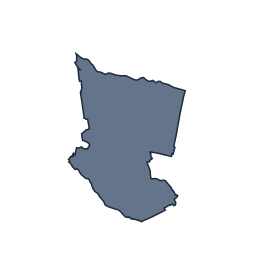 Cristesti, Suceava, Romania, rotated 149°
{"feature_id": "2599482B22632955196999", "entity_name": "Cristesti", "entity_type": "district", "adm_level": 2, "iso_a3": "ROU", "parent_name": "Romania", "parent_adm1": "Suceava", "projection": "mercator", "projection_center": [26.592, 47.273], "detail": "fine", "context": "isolated", "style": "filled", "palette": "slate", "viewbox_px": 256, "rotation_deg": 149, "n_neighbors": 0, "source": "geoboundaries", "source_scale": "gbopen_adm2", "svg_char_len": 5658}
<svg xmlns="http://www.w3.org/2000/svg" viewBox="0 0 256 256"><g transform="rotate(149 128 128)"><path d="M195.2,131.5L195.0,130.4L195.1,130.0L195.0,129.7L196.3,129.3L196.1,128.9L195.9,128.3L195.6,127.7L195.4,127.0L195.4,126.0L195.5,125.0L195.3,125.0L195.3,124.9L195.2,124.7L195.4,124.4L195.6,124.3L195.6,124.1L195.5,123.3L195.4,122.5L195.3,122.1L195.0,121.7L194.9,121.3L194.8,121.0L195.0,120.6L195.0,120.4L194.9,120.3L194.7,119.9L194.5,119.6L193.1,119.6L192.9,119.1L192.6,119.0L192.4,119.0L192.4,118.4L192.3,117.8L192.0,116.9L192.1,116.5L192.2,116.0L192.2,115.1L192.2,113.0L191.8,111.3L190.7,108.0L190.6,107.5L190.2,106.7L189.8,106.2L189.5,105.8L188.7,105.5L188.0,104.3L187.9,103.8L188.0,103.4L188.1,103.1L188.1,102.3L188.2,102.0L188.3,101.2L188.4,100.9L188.4,100.3L188.1,99.7L187.9,99.4L187.9,99.1L188.0,98.8L188.1,98.6L188.3,98.4L188.5,98.1L188.7,97.6L188.8,97.1L188.7,96.3L188.9,94.7L189.0,94.5L189.3,94.4L189.3,94.2L189.3,93.7L189.2,93.1L189.1,92.5L189.0,91.9L189.2,91.6L189.2,91.4L189.1,91.0L188.8,90.2L188.7,89.8L188.4,89.2L187.9,88.0L187.7,87.1L187.7,85.5L187.6,85.4L187.6,85.2L187.7,84.8L187.6,83.4L187.1,80.5L187.1,80.0L187.0,79.5L187.0,79.1L186.8,78.6L186.7,78.1L186.7,77.7L186.7,77.4L186.9,75.8L187.0,75.3L187.1,74.8L187.2,74.3L187.2,73.9L187.1,73.5L185.9,71.5L185.3,70.6L184.5,69.6L183.5,68.5L182.0,66.6L181.0,65.5L179.0,63.4L178.7,63.0L178.4,62.6L178.3,62.3L178.1,62.0L177.7,60.9L177.4,60.0L177.2,59.3L177.2,58.4L177.1,58.1L176.9,57.1L176.8,56.7L176.8,56.4L176.4,54.9L176.4,54.4L176.1,53.2L175.3,52.4L175.1,52.4L174.9,52.3L174.6,52.1L174.4,52.0L174.1,51.7L174.2,51.4L174.1,51.2L173.9,51.1L173.6,51.1L173.3,51.2L173.0,51.1L172.9,51.1L172.7,50.7L172.5,49.2L172.4,49.0L171.6,48.4L171.3,48.1L171.2,48.0L171.1,47.6L171.1,47.4L170.7,47.1L170.3,47.1L170.0,47.1L169.6,46.9L169.3,46.4L166.4,43.1L166.2,43.0L165.9,42.8L165.8,42.4L165.7,42.3L165.6,42.0L165.4,41.8L165.1,41.7L164.9,41.4L164.7,40.8L162.7,40.6L159.2,40.2L152.2,39.4L147.4,39.0L144.5,38.8L139.7,38.5L138.3,38.4L138.3,38.7L138.3,39.3L138.3,40.0L138.3,40.3L138.4,40.7L135.1,40.6L133.2,40.7L132.5,40.4L131.4,40.4L131.3,40.0L128.9,39.9L128.8,38.9L128.8,37.9L127.8,37.7L127.1,37.6L126.8,37.7L126.6,38.0L126.4,38.2L126.3,38.5L126.1,38.9L125.3,39.7L125.3,39.9L125.3,40.2L125.5,42.1L125.3,42.4L125.2,42.5L125.1,43.0L123.9,43.1L123.1,43.2L121.2,43.8L120.9,43.8L120.5,44.1L120.3,44.5L120.4,45.2L120.4,45.3L120.5,45.4L120.8,45.6L121.2,45.6L121.5,45.6L121.7,45.8L121.8,47.4L121.7,47.7L121.5,48.4L121.5,48.8L121.6,49.0L121.7,49.3L121.8,49.6L121.8,49.8L121.6,50.0L121.4,50.1L121.4,50.3L121.5,50.6L121.8,51.0L121.9,51.4L121.9,51.5L121.9,52.2L121.9,53.3L121.7,54.0L121.7,55.1L121.7,55.7L122.1,56.4L122.1,56.8L122.1,57.3L122.3,58.0L122.3,58.8L122.5,59.3L122.6,60.1L122.7,60.9L122.8,61.8L122.8,62.0L123.0,62.3L123.0,62.5L123.0,62.9L123.0,63.2L123.0,63.3L123.1,63.5L123.5,64.1L123.7,64.4L123.9,64.6L124.1,64.7L124.6,65.0L125.2,65.4L125.7,65.4L126.1,65.5L126.5,65.7L126.8,65.9L127.0,66.0L127.3,66.4L127.9,67.2L128.4,67.9L128.6,68.3L128.8,68.7L129.0,68.9L129.3,69.1L129.5,69.5L129.8,69.8L130.5,70.4L130.9,70.8L131.5,71.1L132.1,71.4L132.7,71.6L133.9,72.2L134.3,73.1L134.2,73.4L133.8,74.2L132.5,77.2L131.1,79.7L130.6,82.2L130.1,85.2L129.5,88.3L129.4,88.9L128.5,88.5L126.8,87.9L126.3,88.9L125.4,89.0L122.9,89.3L123.1,91.2L123.0,92.1L122.5,92.8L122.1,93.7L121.9,93.8L121.8,94.0L121.7,94.4L121.4,95.0L121.9,95.6L121.9,95.8L121.6,96.3L115.8,91.4L108.5,84.2L105.4,81.2L103.3,83.4L103.3,83.0L103.2,82.7L102.9,82.3L97.7,87.3L98.1,88.9L92.3,95.0L91.9,95.4L90.8,96.6L89.0,98.6L86.0,102.1L81.5,107.2L76.0,113.5L71.6,118.3L68.1,122.0L67.7,122.4L66.2,124.1L64.6,125.9L59.7,130.5L62.6,133.6L68.1,139.4L70.9,144.3L72.6,145.9L76.0,149.5L76.0,150.9L77.7,152.3L80.3,152.3L81.2,153.3L81.7,155.0L82.3,156.1L83.6,156.3L85.8,157.0L86.8,158.3L88.1,161.0L88.6,163.3L90.9,164.2L93.5,164.2L96.0,164.5L98.1,166.7L102.8,173.8L107.7,176.8L111.0,179.5L115.0,184.2L116.9,185.3L117.3,185.4L119.6,185.4L122.8,190.1L124.9,191.7L125.4,192.5L125.6,193.5L125.7,200.1L126.5,202.3L126.7,205.8L127.4,207.6L128.5,208.8L130.5,209.9L132.6,213.7L134.2,218.4L134.9,216.2L137.6,211.7L138.7,211.7L139.8,211.5L139.9,209.8L139.8,208.9L140.0,207.1L139.8,206.3L139.6,206.0L139.5,205.1L139.5,204.8L139.5,204.5L139.5,204.2L139.5,203.8L139.3,203.4L138.8,202.5L139.5,202.5L139.8,202.8L140.0,203.3L140.2,204.1L140.3,204.7L144.9,194.9L144.8,194.7L145.5,193.0L144.7,192.7L144.2,192.5L143.8,192.2L145.9,188.6L145.7,188.3L146.7,186.5L146.7,186.2L149.5,183.7L149.3,183.5L149.8,182.8L150.4,183.1L155.6,170.5L159.6,160.9L160.6,159.0L160.0,158.7L159.6,158.2L159.5,157.8L159.5,157.1L158.1,156.3L161.7,147.0L162.3,147.2L164.6,147.9L164.9,147.9L165.2,147.9L167.0,147.5L170.3,146.9L170.6,146.9L170.8,146.9L173.2,141.1L173.2,140.9L173.2,140.6L172.1,139.5L171.7,138.7L170.8,137.7L170.5,137.2L169.5,134.8L169.4,134.3L169.8,133.7L169.6,133.0L170.6,132.1L170.9,132.1L171.3,132.4L171.6,132.4L173.1,131.0L173.5,130.8L173.7,131.0L174.2,131.5L174.6,131.6L174.8,132.0L175.9,132.3L176.1,132.7L176.6,132.8L176.8,133.2L177.0,133.4L177.1,133.7L177.0,134.1L177.3,134.7L177.2,135.0L177.6,135.6L177.9,135.6L178.2,135.7L178.3,135.8L178.5,136.0L178.6,135.8L180.4,136.0L181.0,136.6L181.7,137.1L181.9,137.3L182.1,137.3L182.3,137.5L187.0,132.7L187.4,132.1L187.5,132.8L187.6,133.2L187.7,133.9L187.8,134.5L188.1,134.4L188.8,133.9L189.0,133.7L189.2,133.4L189.3,133.3L189.4,133.2L189.5,133.1L189.9,133.1L190.0,133.1L190.1,132.7L190.1,132.4L189.9,132.2L190.8,132.1L190.9,132.4L191.4,132.5L191.3,132.8L191.5,132.9L191.7,133.0L191.9,132.9L192.3,132.8L192.7,132.6L193.1,132.3L193.7,132.3L194.0,132.2L194.5,132.0L194.5,131.8L194.8,131.5L195.2,131.5Z" fill="#64748b" stroke="#1e293b" stroke-width="1.5"/></g></svg>